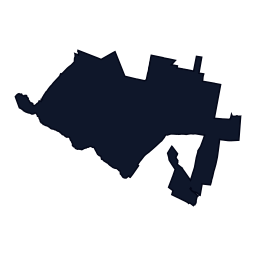 outline of Odobesti, Vrancea, Romania
{"feature_id": "2599482B34308784791861", "entity_name": "Odobesti", "entity_type": "district", "adm_level": 2, "iso_a3": "ROU", "parent_name": "Romania", "parent_adm1": "Vrancea", "projection": "mercator", "projection_center": [27.113, 45.751], "detail": "fine", "context": "isolated", "style": "filled", "palette": "ink", "viewbox_px": 256, "rotation_deg": 0, "n_neighbors": 0, "source": "geoboundaries", "source_scale": "gbopen_adm2", "svg_char_len": 5626}
<svg xmlns="http://www.w3.org/2000/svg" viewBox="0 0 256 256"><path d="M188.8,203.3L189.9,202.9L193.4,205.6L193.9,205.0L194.1,204.4L194.8,204.7L195.1,204.2L195.2,203.7L195.6,203.5L196.1,202.0L195.9,201.9L196.1,200.6L196.8,197.4L197.0,197.0L198.1,195.9L197.4,195.4L195.5,193.6L191.9,191.0L190.1,188.7L190.7,187.8L191.2,188.3L190.5,189.0L191.0,189.5L192.0,190.7L193.9,192.0L194.2,191.7L194.8,192.0L195.6,192.7L195.8,192.3L196.7,192.6L198.5,194.1L199.2,194.7L199.8,195.2L200.1,195.3L202.1,183.9L210.4,184.8L211.4,181.3L211.4,180.8L211.7,179.4L212.1,178.2L212.5,176.8L213.8,171.0L214.4,169.2L215.8,164.1L217.3,157.1L218.9,145.2L219.3,142.0L219.6,139.3L220.4,139.4L221.1,139.7L221.5,139.7L227.8,140.5L229.6,140.6L231.0,140.6L238.8,140.2L240.6,116.4L240.4,116.5L240.0,116.2L238.7,116.4L237.2,115.9L236.9,115.8L236.0,116.2L234.1,116.4L232.4,116.2L232.1,115.9L231.5,114.4L230.6,118.1L230.3,118.6L229.8,119.0L229.8,119.4L229.6,119.4L224.2,119.1L223.0,119.1L222.2,119.0L214.3,118.3L220.6,84.6L215.2,83.6L214.6,83.4L202.7,81.3L202.4,81.1L202.4,80.6L202.7,79.8L202.9,77.3L203.2,75.5L203.6,74.5L203.7,73.9L198.9,73.2L201.7,57.2L196.5,56.4L193.6,71.2L191.1,70.6L187.6,69.9L187.2,69.8L186.4,69.7L184.4,69.3L182.9,69.1L182.4,68.9L177.0,68.0L177.4,65.9L171.3,64.8L175.4,60.4L169.4,59.1L163.0,57.9L163.0,57.7L151.3,55.3L150.7,58.0L150.3,60.8L149.9,62.2L149.5,65.2L149.0,67.0L148.8,67.9L148.7,69.4L148.6,69.9L148.3,71.5L148.0,72.3L147.7,73.4L146.4,79.8L144.6,80.8L137.2,79.2L136.8,79.2L124.8,76.3L115.0,51.7L112.9,52.8L101.1,59.5L98.3,58.3L78.0,50.4L77.9,51.0L77.9,51.6L78.6,52.3L78.5,55.0L74.9,53.6L75.1,54.3L75.2,56.0L75.1,56.9L74.6,58.1L74.5,59.7L74.4,62.0L74.2,62.1L71.1,65.3L69.4,66.5L67.4,68.2L61.7,74.1L61.2,74.2L60.9,73.7L60.7,73.8L60.7,74.0L60.4,74.4L60.3,74.5L60.4,75.0L60.1,75.5L58.5,77.6L58.3,77.7L54.0,82.3L53.3,83.1L52.0,84.8L51.9,84.9L51.8,85.1L50.5,86.3L49.5,87.6L48.7,88.6L47.0,91.1L46.4,91.7L45.9,92.1L44.8,94.0L44.3,94.6L43.7,95.7L42.3,98.0L42.3,98.5L42.1,99.1L42.2,99.6L41.3,99.3L40.9,101.4L39.2,100.9L38.5,102.6L37.1,103.6L36.7,103.9L36.5,104.3L34.8,105.6L34.4,105.5L33.9,105.7L33.3,105.3L32.9,104.7L32.3,104.2L32.7,103.8L32.7,103.6L31.7,103.0L31.3,102.9L30.7,102.8L30.0,102.6L29.5,101.3L28.7,100.4L28.5,100.0L27.9,99.3L28.2,98.6L28.2,98.4L27.7,97.7L26.6,96.9L26.7,96.5L26.6,96.4L26.6,95.7L26.4,95.5L24.9,95.4L24.2,96.2L24.0,96.3L23.3,95.8L22.9,95.5L21.6,95.1L21.7,94.3L21.4,94.1L21.0,94.0L20.8,94.1L20.3,94.5L20.1,94.5L19.1,93.7L18.1,94.0L17.2,94.6L16.4,95.4L16.0,96.0L15.4,96.5L15.4,96.8L19.4,107.8L19.8,108.0L20.3,108.1L21.4,108.8L21.6,108.8L22.2,109.4L22.8,109.6L23.1,109.9L23.3,110.5L23.7,110.6L23.8,110.8L24.3,110.9L25.4,111.8L26.0,111.9L27.1,112.4L27.8,112.5L28.1,112.8L30.0,113.1L31.8,114.0L32.0,114.1L32.7,113.9L33.7,113.8L34.1,113.6L34.5,113.0L34.8,112.9L35.1,112.9L35.8,113.2L36.7,114.0L37.1,114.8L37.4,115.4L37.5,116.2L38.5,116.6L39.0,117.0L39.1,117.3L39.1,117.9L39.2,118.4L39.4,118.9L39.8,119.3L40.4,121.6L41.0,122.2L41.0,122.4L41.3,122.8L41.7,123.0L42.3,123.1L42.6,123.3L42.9,123.9L43.2,124.4L43.6,124.3L44.5,124.9L45.0,125.1L45.8,125.5L46.2,125.5L46.4,125.6L46.5,125.4L46.8,125.4L48.3,126.5L49.7,127.3L50.0,127.6L50.4,128.1L50.6,128.1L51.3,128.7L52.6,129.0L52.9,128.9L53.7,129.1L54.3,129.5L54.7,129.7L55.1,129.6L55.7,129.9L57.2,130.8L58.3,131.3L59.0,131.3L59.3,131.6L59.8,131.7L60.1,132.3L60.1,132.5L61.3,133.3L62.3,134.5L63.5,134.8L63.9,135.0L65.1,136.2L66.2,136.9L66.6,137.1L68.3,137.0L69.2,137.1L69.8,138.0L70.1,138.6L70.3,139.6L70.6,140.2L71.3,141.0L71.8,142.0L72.0,142.8L72.5,143.2L72.6,143.4L72.5,145.4L72.8,145.8L73.2,146.1L73.4,146.5L73.6,146.7L74.9,147.0L75.2,148.0L75.6,148.4L76.3,148.7L77.5,149.2L77.8,149.1L78.0,149.0L78.4,149.0L79.1,149.2L79.8,149.1L80.8,149.2L81.2,149.6L81.8,149.6L82.7,149.3L83.7,148.5L84.7,148.3L85.0,148.1L86.5,147.8L87.0,147.2L88.3,147.2L89.1,146.6L89.6,146.6L90.0,146.4L91.0,146.3L92.6,147.3L94.1,147.3L95.5,150.2L96.4,151.7L96.9,152.8L97.7,154.3L99.3,155.6L99.8,155.8L100.3,155.8L100.6,155.9L100.9,156.5L101.3,157.6L101.5,158.8L101.6,159.2L102.0,159.3L102.4,159.2L103.1,159.8L103.6,160.6L107.4,163.0L108.2,163.2L108.4,163.8L109.5,164.9L113.1,167.5L115.0,168.2L116.5,168.4L117.0,168.6L117.5,169.0L118.0,169.5L118.6,169.9L118.9,170.5L119.1,170.6L120.1,171.1L120.2,171.4L120.4,173.3L120.4,173.9L120.9,174.3L121.6,175.1L122.0,175.9L122.3,176.1L122.7,176.9L123.4,177.5L123.8,177.6L124.5,177.9L126.1,178.0L128.7,175.9L128.9,176.3L129.9,177.2L130.2,177.3L132.6,174.2L138.3,166.0L138.5,165.7L137.5,164.9L139.0,162.5L140.1,161.0L141.0,160.0L143.6,156.6L144.2,155.9L145.2,154.9L146.4,153.9L149.0,152.0L149.5,151.5L151.5,149.8L155.7,146.1L160.1,142.0L161.1,141.2L161.6,140.8L164.2,137.4L165.6,134.9L165.8,134.8L166.0,134.7L167.0,135.0L167.3,135.0L170.5,134.0L171.2,133.9L173.9,134.0L176.9,134.2L177.5,134.1L178.5,134.3L179.8,134.2L181.7,134.0L184.1,134.1L185.2,134.2L186.1,134.4L187.3,134.2L187.6,134.1L188.3,134.0L189.2,133.9L189.8,133.7L192.2,133.7L192.8,133.9L193.4,133.9L194.5,133.7L195.4,133.7L204.7,135.2L203.0,140.2L200.6,146.6L197.9,150.9L197.9,152.0L196.4,157.4L194.6,167.3L193.6,170.6L192.8,172.9L191.6,177.0L191.1,178.4L190.6,180.2L190.5,180.4L184.4,171.6L182.7,169.3L182.4,168.8L182.4,168.3L179.4,166.0L177.7,164.6L177.2,163.9L177.7,162.5L177.7,161.5L177.8,160.6L175.7,157.5L176.1,157.1L176.0,156.8L176.1,156.7L177.3,154.6L177.3,154.2L177.5,153.7L172.3,146.8L171.8,146.3L167.6,153.2L168.7,157.0L168.8,157.5L169.1,159.6L169.2,160.0L169.4,160.4L171.7,164.1L175.3,169.5L175.0,170.0L172.8,176.4L172.2,177.8L171.8,179.0L168.6,187.3L173.0,190.6L171.8,194.6L185.0,201.0L186.7,201.9L188.2,202.9L188.8,203.1L188.8,203.3Z" fill="#0f172a" stroke="#020617" stroke-width="1.5"/></svg>